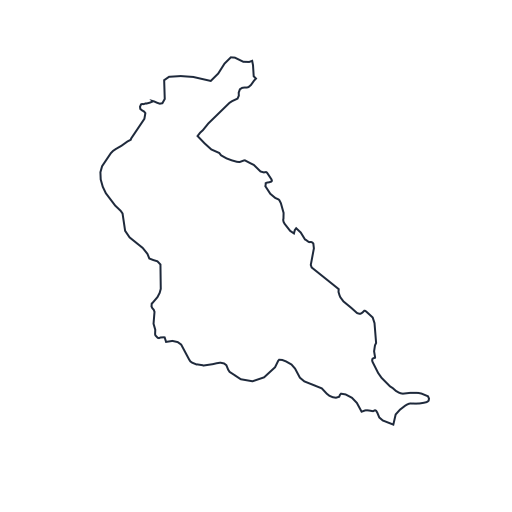 map outline of Valais (Albers equal-area conic projection), rotated 75°
{"feature_id": "CHE-165", "entity_name": "Valais", "entity_type": "Canton", "adm_level": 1, "iso_a3": "CHE", "parent_name": "Switzerland", "parent_adm1": "", "projection": "albers", "projection_center": [7.65, 46.266], "detail": "fine", "context": "isolated", "style": "outline", "palette": "slate", "viewbox_px": 512, "rotation_deg": 75, "n_neighbors": 0, "source": "natural_earth", "source_scale": "10m", "svg_char_len": 3229}
<svg xmlns="http://www.w3.org/2000/svg" viewBox="0 0 512 512"><g transform="rotate(75 256 256)"><path d="M311.0,365.3L310.7,365.9L310.0,369.3L310.2,371.0L309.6,372.1L306.7,373.7L305.4,373.7L301.2,372.4L294.9,372.5L283.7,368.5L281.4,368.7L279.7,369.6L277.7,370.0L274.9,369.0L274.6,368.2L270.2,361.8L266.7,358.6L263.1,356.5L239.5,350.5L235.6,352.6L233.3,356.3L230.8,359.7L225.9,360.3L219.0,363.3L205.3,373.3L197.8,375.9L180.4,373.9L177.4,375.0L170.8,379.0L156.5,384.8L149.5,386.1L141.9,386.2L134.8,384.6L129.4,381.4L119.1,369.6L117.5,366.9L116.3,363.5L114.7,357.4L112.1,350.5L111.3,346.9L110.2,346.2L94.6,328.3L89.4,325.9L87.5,326.7L85.8,328.4L84.0,329.7L81.8,329.4L79.8,327.8L79.7,326.7L80.2,325.4L80.1,322.8L80.4,322.4L80.4,319.0L80.0,315.7L79.4,316.0L80.4,314.3L82.3,312.0L84.0,309.5L84.2,306.9L80.7,303.5L62.4,299.2L60.4,293.6L62.7,282.2L66.8,270.3L75.2,254.4L70.0,245.3L62.0,236.6L57.6,228.9L58.9,225.1L65.1,218.0L66.8,212.4L66.5,209.2L70.9,209.5L81.8,211.7L84.6,210.1L86.1,212.5L89.5,216.6L90.9,219.5L90.9,221.2L90.3,223.4L90.0,225.9L90.8,228.4L93.7,230.4L96.7,231.1L99.2,233.1L100.2,238.9L101.2,242.0L115.6,267.7L120.7,274.7L122.4,278.0L125.0,281.4L133.9,276.5L141.5,271.6L147.0,264.8L149.7,263.7L154.1,259.2L157.3,254.7L160.1,250.0L161.0,247.5L160.6,243.0L160.7,242.0L164.7,237.7L167.5,234.5L175.5,229.8L177.3,226.8L177.4,225.6L177.5,224.7L177.8,224.2L178.6,223.7L186.1,221.2L187.5,221.2L188.1,222.0L188.2,224.3L188.0,226.0L188.0,227.0L188.2,227.8L189.6,228.2L191.0,228.9L199.6,226.1L204.9,222.4L207.1,219.7L207.6,219.3L208.2,219.0L211.5,218.3L221.5,218.2L227.0,219.8L227.6,220.2L229.0,220.5L230.4,220.5L232.4,220.0L240.6,216.5L244.0,213.5L241.0,211.8L239.6,210.0L244.9,206.7L252.7,204.4L253.4,203.6L255.9,201.6L256.4,200.9L256.6,199.7L257.0,198.7L257.7,198.0L258.8,197.4L263.6,198.1L278.8,205.4L281.5,205.2L309.4,184.7L312.1,185.6L315.6,185.5L317.7,185.2L322.5,183.3L330.9,177.3L337.2,173.2L337.9,172.2L338.8,170.5L338.7,169.5L338.4,168.4L337.9,167.3L337.3,166.3L336.9,165.6L337.0,165.1L337.4,164.6L338.2,163.9L345.6,159.2L351.5,158.9L371.1,162.5L373.1,164.2L378.6,166.6L384.7,167.2L385.1,167.4L385.1,168.1L385.1,168.9L385.4,170.0L386.1,170.5L387.3,170.9L388.6,170.8L400.6,168.3L406.1,166.3L416.6,160.3L419.0,158.1L422.5,155.8L424.9,153.4L426.1,151.7L427.0,149.8L428.1,142.5L429.5,137.2L430.3,134.6L431.7,131.8L436.0,126.2L438.5,125.8L440.4,126.7L440.9,127.6L441.3,129.1L441.2,131.9L440.8,136.0L440.0,139.6L438.4,145.1L438.3,146.7L438.6,148.6L439.2,150.7L441.7,156.7L445.2,162.1L454.4,167.0L447.7,176.1L443.9,178.7L438.7,179.4L436.6,180.0L435.9,180.8L435.8,181.6L436.1,182.3L436.2,182.9L436.0,183.6L434.9,185.9L433.9,188.3L433.4,190.4L433.6,192.9L433.7,194.3L424.0,196.6L417.8,200.0L412.9,205.3L411.0,209.5L411.9,210.9L413.5,212.1L413.6,215.5L412.2,218.5L410.0,221.3L407.3,223.3L400.9,226.7L389.6,241.8L384.9,245.1L374.9,247.4L370.0,249.8L365.5,254.4L363.2,257.6L362.2,260.5L363.0,261.7L368.4,266.4L375.3,279.6L376.1,291.8L371.1,302.6L361.1,311.5L358.6,312.3L353.8,312.9L351.5,314.7L349.8,318.1L349.4,321.9L349.3,325.7L348.2,335.2L347.7,335.8L345.5,340.8L345.4,341.5L342.5,345.3L340.8,346.7L338.6,347.4L322.2,351.2L318.9,353.9L316.4,358.7L315.7,365.1L311.0,365.3Z" fill="none" stroke="#1e293b" stroke-width="2"/></g></svg>